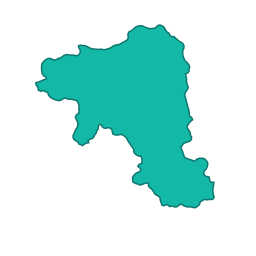 outline of Marliéria, Minas Gerais, Brazil, rotated 254°
{"feature_id": "56859067B52774594546831", "entity_name": "Marliéria", "entity_type": "district", "adm_level": 2, "iso_a3": "BRA", "parent_name": "Brazil", "parent_adm1": "Minas Gerais", "projection": "mercator", "projection_center": [-42.627, -19.682], "detail": "fine", "context": "isolated", "style": "filled", "palette": "teal", "viewbox_px": 256, "rotation_deg": 254, "n_neighbors": 0, "source": "geoboundaries", "source_scale": "gbopen_adm2", "svg_char_len": 3820}
<svg xmlns="http://www.w3.org/2000/svg" viewBox="0 0 256 256"><g transform="rotate(254 128 128)"><path d="M197.0,52.1L195.2,51.5L193.1,52.2L191.4,52.6L189.0,52.3L187.3,54.3L187.4,56.6L186.2,58.1L185.1,59.5L183.9,60.8L181.9,60.6L179.3,61.5L177.1,63.5L175.6,65.2L174.6,67.0L173.5,68.5L173.2,70.5L173.6,72.6L174.2,74.3L174.1,76.2L172.4,78.1L171.6,79.9L171.3,81.8L170.0,83.6L169.0,85.6L167.0,86.9L164.4,87.1L161.5,86.7L159.4,85.9L157.6,85.6L155.7,84.7L154.7,82.0L153.1,80.4L151.1,80.6L148.7,81.0L145.6,81.0L142.9,79.6L140.9,77.3L139.2,75.8L137.6,74.6L135.5,72.9L133.3,72.6L131.3,73.2L129.8,74.7L127.8,76.2L126.1,76.4L125.0,78.0L123.6,79.5L124.3,81.2L125.0,83.3L124.7,86.2L126.8,86.1L127.7,88.4L127.8,90.9L128.7,92.6L130.6,94.2L131.8,95.9L133.9,97.2L135.1,98.9L137.3,99.9L139.1,100.7L139.0,102.9L136.8,103.5L135.1,104.3L133.9,106.2L133.8,108.8L133.1,110.5L131.7,111.6L130.2,112.1L128.3,111.8L126.5,111.8L124.7,114.0L124.0,116.8L123.7,119.9L122.0,121.7L120.5,122.8L118.5,124.0L116.8,124.1L114.3,124.8L111.9,125.6L110.1,126.2L108.0,126.9L106.0,127.8L104.1,126.9L102.0,127.2L100.5,128.2L99.0,129.4L97.9,130.9L97.2,132.8L94.3,132.9L92.2,132.3L90.4,131.6L89.8,128.3L88.5,126.9L86.4,128.3L84.2,128.9L82.9,127.5L82.5,124.5L82.0,122.5L81.0,120.8L79.5,118.9L77.1,118.2L74.7,117.9L72.6,120.0L71.2,122.2L69.9,123.9L69.7,126.1L70.1,127.9L70.1,130.6L69.2,132.5L66.9,131.7L64.7,132.3L63.2,133.7L61.4,134.4L59.3,135.1L57.0,135.7L55.2,137.3L53.8,138.9L52.2,139.6L50.4,139.2L48.6,139.1L46.7,139.4L44.6,139.2L43.3,141.1L43.9,143.7L42.6,145.3L41.0,146.3L41.0,148.3L39.9,150.1L38.7,152.4L39.3,154.8L40.3,157.2L39.6,158.9L37.7,160.3L36.4,162.3L35.5,164.0L35.0,166.5L33.7,168.4L32.8,170.9L33.6,173.2L34.6,175.5L37.2,177.1L37.8,179.7L38.3,181.7L37.1,184.3L36.7,187.4L36.0,189.7L37.5,191.7L40.6,191.7L43.6,192.0L46.4,193.0L48.6,194.0L50.4,194.9L52.2,195.6L52.8,193.2L54.8,191.9L56.8,192.5L58.9,192.3L59.7,189.9L61.6,188.5L64.1,188.4L66.0,190.0L67.1,192.0L69.0,193.5L70.5,194.4L72.5,195.0L75.0,194.4L77.4,193.0L78.6,190.6L79.2,188.7L79.1,185.8L78.3,184.2L77.8,182.4L79.3,180.8L80.3,179.2L81.4,177.6L82.6,176.0L84.2,174.2L87.0,174.1L89.8,174.0L92.1,173.6L94.9,173.8L96.8,175.8L97.9,177.2L98.0,179.3L98.2,181.2L98.2,183.4L99.3,185.7L102.0,186.7L103.9,185.9L105.7,186.5L107.8,186.2L110.4,185.4L112.8,184.9L114.3,186.3L115.8,188.0L117.1,190.1L118.1,192.4L120.6,192.0L122.7,190.4L125.2,191.0L129.2,191.4L131.5,191.3L133.6,191.4L136.8,191.4L139.6,191.6L141.8,191.5L144.3,191.6L146.1,192.9L147.5,194.4L148.7,195.8L150.3,197.0L152.0,197.1L153.9,196.8L155.6,197.0L157.3,197.2L159.8,198.0L162.4,198.1L164.4,198.3L164.4,200.5L165.8,202.3L168.3,203.2L169.7,204.2L172.2,203.8L174.3,203.0L175.8,202.0L177.8,201.1L180.8,200.9L182.9,200.8L184.7,201.2L187.5,202.1L189.5,203.8L191.9,204.5L194.5,203.8L196.4,202.0L197.8,200.7L199.3,199.8L200.9,198.6L203.1,197.6L203.7,195.4L205.5,193.7L207.5,193.8L209.1,192.2L211.8,191.1L214.0,190.7L215.8,189.9L217.5,188.3L218.3,186.6L218.2,184.6L216.5,181.7L217.0,178.5L217.5,176.3L219.1,173.6L220.7,171.6L222.3,169.9L223.0,167.7L223.2,165.5L223.0,163.7L222.3,161.8L221.4,160.0L220.6,158.3L220.2,155.6L218.2,153.7L215.7,153.4L213.4,152.3L212.6,150.6L212.0,148.3L211.4,145.6L210.9,143.6L210.7,141.6L211.2,138.8L210.9,136.4L209.9,133.7L209.6,130.3L209.8,126.6L211.1,124.1L211.5,121.9L212.3,119.7L213.0,117.8L213.8,115.7L215.4,113.4L217.3,111.4L218.6,110.0L219.4,108.2L220.0,106.4L220.9,104.8L220.5,102.9L218.3,102.9L216.5,103.5L214.1,103.2L212.2,101.2L211.4,99.1L212.3,97.0L213.3,95.0L213.9,92.8L214.6,91.2L215.5,89.3L215.5,86.5L214.7,84.7L214.2,82.8L214.0,79.9L213.5,77.9L213.5,75.8L215.5,73.6L216.7,71.3L216.7,69.0L215.9,66.6L214.7,64.5L213.3,62.9L211.1,61.9L208.2,61.1L205.9,60.6L204.1,60.5L201.5,61.2L199.5,63.4L197.9,63.2L197.5,60.0L197.1,56.9L196.8,54.3L197.0,52.1Z" fill="#14b8a6" stroke="#0f766e" stroke-width="1.5"/></g></svg>